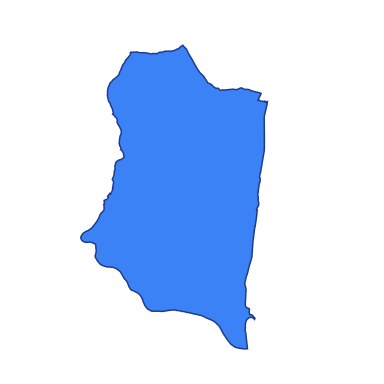 Diculesti, Vâlcea, Romania, rotated 299°
{"feature_id": "2599482B34866762806062", "entity_name": "Diculesti", "entity_type": "district", "adm_level": 2, "iso_a3": "ROU", "parent_name": "Romania", "parent_adm1": "Vâlcea", "projection": "orthographic", "projection_center": [24.005, 44.61], "detail": "fine", "context": "isolated", "style": "filled", "palette": "blue", "viewbox_px": 384, "rotation_deg": 299, "n_neighbors": 0, "source": "geoboundaries", "source_scale": "gbopen_adm2", "svg_char_len": 5928}
<svg xmlns="http://www.w3.org/2000/svg" viewBox="0 0 384 384"><g transform="rotate(299 192 192)"><path d="M311.7,204.7L311.6,203.1L310.6,199.9L310.0,197.5L309.7,196.3L309.4,195.1L309.2,192.2L308.9,191.4L308.3,190.0L308.0,189.5L307.5,188.8L307.3,188.4L307.2,185.9L307.1,185.1L306.7,184.3L306.1,183.7L303.3,181.7L302.3,179.4L301.7,177.8L301.2,177.1L300.1,175.6L299.0,173.9L298.2,172.9L297.5,171.7L296.8,171.1L296.5,170.3L296.3,169.5L295.8,168.8L294.8,167.9L294.7,167.5L294.7,167.1L295.4,164.8L295.3,164.3L295.1,163.9L294.5,163.0L294.3,162.5L294.4,161.4L294.5,160.7L294.7,159.0L295.1,157.9L295.5,156.8L295.3,155.4L295.3,154.4L295.1,153.2L295.4,152.6L296.7,150.2L298.3,147.2L299.0,145.6L299.6,143.5L300.0,141.7L300.6,140.1L301.2,139.2L302.2,137.0L308.9,126.3L310.2,123.9L311.0,122.8L311.1,122.2L312.7,120.0L313.9,118.4L314.4,117.6L314.6,116.5L314.9,115.6L315.7,113.3L315.9,112.8L314.9,112.4L314.1,111.9L312.8,111.3L311.8,111.0L311.1,111.0L310.3,110.4L310.1,110.0L309.7,109.6L308.3,108.8L306.4,107.2L305.6,106.2L304.4,104.4L303.8,103.2L302.5,101.0L302.1,100.2L301.2,99.3L299.7,98.2L299.5,97.9L299.3,97.6L299.2,97.1L299.1,96.7L298.3,95.7L297.7,95.3L296.7,95.0L296.4,94.8L296.2,94.4L294.5,91.4L294.1,90.5L293.2,89.6L292.7,88.8L292.5,88.2L292.1,86.3L291.9,85.7L291.0,83.7L290.8,82.9L290.3,82.0L289.9,81.2L289.3,80.4L288.9,79.7L288.6,78.7L288.3,78.2L288.0,77.3L287.9,76.1L287.7,75.7L287.0,75.0L286.1,73.2L285.4,72.4L284.9,71.1L284.6,70.7L284.4,70.6L284.2,70.5L283.9,70.5L283.7,70.6L283.5,70.9L283.3,71.0L282.1,71.5L281.5,71.6L280.9,71.4L279.8,71.0L279.4,70.9L277.5,70.8L277.0,70.6L275.5,70.1L274.6,70.1L274.1,70.1L272.8,70.3L271.9,70.3L270.0,69.9L269.3,69.8L267.0,70.2L266.3,70.1L266.0,70.2L265.8,70.2L265.4,70.5L264.5,70.5L262.6,70.6L261.5,70.7L259.4,71.2L256.6,70.6L253.8,69.5L252.6,68.8L251.8,68.5L249.5,68.1L247.8,67.5L247.4,67.5L246.2,67.7L244.7,67.8L243.0,68.0L241.5,68.4L238.5,69.5L236.8,70.7L235.6,71.0L231.1,74.9L229.6,77.6L227.5,79.9L226.7,81.4L223.0,84.9L221.5,84.9L221.5,85.6L221.4,85.8L221.6,86.1L221.4,86.9L220.9,87.5L220.6,88.2L220.4,89.1L219.9,90.3L218.9,91.6L216.9,92.5L215.9,93.5L215.2,94.6L214.3,96.5L211.5,100.3L209.4,101.5L206.1,102.0L202.7,103.2L199.0,104.9L197.3,106.6L195.8,108.9L195.4,109.0L194.6,108.9L194.4,109.8L193.9,111.3L192.6,113.3L189.9,115.3L189.5,115.6L189.2,115.6L188.9,115.7L185.6,113.9L185.0,113.0L183.9,112.2L181.9,111.2L180.7,111.1L177.4,112.0L176.8,112.2L176.4,112.7L175.1,113.3L174.2,113.7L172.8,113.9L171.2,114.6L170.5,115.1L167.5,115.9L165.2,116.0L164.5,116.2L164.2,116.4L163.9,116.8L163.7,117.3L163.3,118.1L162.8,118.5L162.3,118.8L158.5,120.1L156.6,120.7L156.6,121.3L152.5,121.8L150.7,121.7L151.0,120.8L147.2,120.3L146.9,121.5L145.7,121.4L144.7,121.2L144.2,121.0L143.5,120.4L142.0,119.2L139.2,121.2L138.4,120.7L137.8,121.4L136.9,122.0L135.4,122.8L134.7,123.3L133.9,123.7L132.8,123.7L130.0,122.9L129.2,122.7L127.8,122.6L123.8,123.1L121.4,123.1L119.1,122.9L116.1,122.5L113.1,122.0L112.0,121.7L110.2,121.0L109.8,120.7L109.2,120.5L108.8,120.2L108.5,120.1L107.8,119.7L106.3,118.5L104.6,117.5L103.3,116.9L102.7,116.7L101.6,116.6L99.4,116.5L99.0,116.6L98.5,116.7L97.5,117.4L97.1,117.9L96.6,118.6L96.4,119.2L96.0,120.3L96.0,121.3L96.2,122.3L96.5,123.4L97.2,124.8L98.2,126.2L98.8,127.1L99.1,128.2L99.3,129.5L99.6,132.4L99.2,133.2L98.5,133.8L98.0,134.2L96.2,135.2L95.1,136.2L94.6,136.4L94.2,136.7L92.0,137.6L91.3,137.8L89.8,138.0L88.7,138.6L88.3,138.8L86.4,141.8L85.4,143.8L84.6,146.1L84.4,146.7L84.3,148.2L84.4,149.4L84.7,151.5L85.1,153.6L85.9,155.0L86.8,157.3L87.5,158.6L88.0,160.4L88.1,161.3L88.2,163.9L87.7,167.4L87.6,167.8L87.0,168.9L86.6,169.4L86.2,170.3L85.5,171.4L84.2,173.5L83.9,174.1L83.6,174.5L83.3,174.9L83.1,176.1L82.7,176.9L82.5,177.8L82.1,178.6L81.5,179.2L81.3,179.7L80.7,180.3L80.4,180.7L79.8,181.4L79.4,181.8L78.5,182.9L77.9,184.1L77.5,184.7L76.9,186.0L77.0,187.6L77.2,188.5L77.2,189.4L77.3,190.6L77.3,193.9L77.0,195.4L76.5,196.8L76.2,197.6L75.6,198.5L73.7,201.3L72.6,202.3L70.4,205.1L69.6,206.3L68.6,208.7L68.2,209.9L68.1,211.1L68.2,212.5L68.2,214.3L69.0,216.0L71.4,220.2L72.9,223.5L74.7,226.0L77.9,230.0L79.9,233.1L80.8,235.0L81.1,236.5L82.0,238.2L82.6,240.8L83.6,243.1L84.0,244.9L85.7,250.3L86.6,253.7L87.2,255.2L87.5,256.8L88.3,259.2L88.7,260.8L88.7,261.7L88.8,262.5L88.8,265.1L88.9,265.6L89.0,267.1L89.3,269.2L89.4,270.8L89.6,273.1L89.4,274.6L89.3,275.7L88.7,277.8L88.3,278.9L88.2,280.0L86.4,283.3L83.4,287.8L81.4,291.7L79.7,295.1L79.0,296.9L78.2,298.5L77.7,300.1L77.3,303.5L77.2,304.6L77.4,305.9L78.1,308.5L79.6,312.7L80.6,314.6L81.8,316.5L94.4,307.6L95.3,306.9L96.0,306.1L96.9,305.5L99.1,304.5L101.0,303.4L103.2,302.4L104.2,302.1L106.1,301.8L107.6,302.0L109.1,302.5L110.2,303.4L111.0,304.4L111.3,305.1L111.3,305.7L111.3,306.4L111.3,307.2L111.1,308.0L110.9,308.4L112.1,308.3L112.4,307.0L113.1,305.9L113.4,304.5L113.5,303.4L112.8,302.2L112.7,302.0L114.3,300.5L115.2,300.0L117.6,298.9L117.6,297.3L117.4,296.7L117.4,295.9L117.6,295.1L117.9,294.3L118.2,294.0L119.3,293.2L125.3,290.3L128.6,288.6L132.3,286.9L133.1,286.4L135.7,284.2L136.8,283.0L137.3,282.6L138.3,282.2L141.3,281.4L143.8,280.6L148.0,279.9L152.5,278.6L155.2,277.9L158.4,277.3L164.2,275.9L177.6,269.6L192.1,263.8L192.2,264.0L198.7,261.6L204.0,259.5L204.0,259.4L204.9,258.9L207.5,258.1L207.8,257.9L207.6,257.0L209.6,256.7L212.4,256.8L213.1,256.6L215.2,255.3L216.4,254.2L217.5,253.5L218.8,252.9L219.7,252.3L221.1,251.3L222.3,250.3L222.6,250.1L223.7,250.1L224.1,250.0L224.5,249.6L226.7,248.8L231.6,246.9L233.5,246.6L234.6,246.3L236.9,245.0L237.3,244.6L237.8,244.0L238.2,243.7L238.6,243.5L241.0,242.7L241.7,242.7L243.1,242.2L255.0,238.0L261.4,235.8L263.0,235.2L265.1,234.2L275.7,228.4L287.6,221.6L293.0,218.6L304.6,215.3L307.7,214.1L307.3,213.7L307.0,213.2L306.4,213.1L306.2,213.0L306.0,212.8L306.0,212.6L306.0,212.2L306.8,211.7L306.7,211.4L305.9,210.5L305.7,210.0L305.4,209.7L305.0,209.0L304.8,207.6L304.8,206.9L304.9,206.5L304.5,205.8L304.2,205.2L311.7,204.7Z" fill="#3b82f6" stroke="#1e3a8a" stroke-width="1.5"/></g></svg>